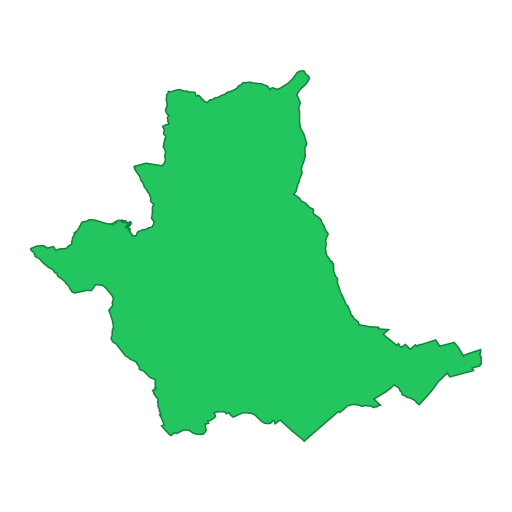 Geoagiu, Hunedoara, Romania (Natural Earth projection)
{"feature_id": "2599482B22315880947882", "entity_name": "Geoagiu", "entity_type": "district", "adm_level": 2, "iso_a3": "ROU", "parent_name": "Romania", "parent_adm1": "Hunedoara", "projection": "natural_earth1", "projection_center": [23.19, 45.959], "detail": "fine", "context": "isolated", "style": "filled", "palette": "green", "viewbox_px": 512, "rotation_deg": 0, "n_neighbors": 0, "source": "geoboundaries", "source_scale": "gbopen_adm2", "svg_char_len": 6009}
<svg xmlns="http://www.w3.org/2000/svg" viewBox="0 0 512 512"><path d="M202.3,434.0L202.8,434.3L204.3,433.3L205.7,431.4L206.2,430.0L204.9,424.2L208.6,423.4L207.8,421.0L210.4,420.5L213.9,418.2L215.6,416.3L214.1,412.7L215.8,412.1L220.1,411.7L224.7,411.9L226.4,413.8L228.9,412.6L230.4,414.9L233.1,417.2L243.0,412.7L245.6,412.7L251.5,413.4L253.3,414.1L255.5,415.5L261.5,421.3L264.2,423.0L265.4,423.3L268.3,423.6L270.2,423.3L271.6,422.4L272.8,420.7L274.5,421.0L275.1,423.8L280.1,420.0L292.8,431.6L301.2,438.3L304.2,441.2L309.3,436.8L309.2,436.0L310.3,435.8L338.4,411.5L339.6,412.5L340.1,412.4L347.8,405.7L353.6,404.4L358.7,405.1L362.3,406.4L364.9,405.5L368.4,406.0L370.2,405.8L373.8,407.6L375.0,406.9L377.5,406.7L378.1,405.5L380.4,405.2L374.0,399.1L385.8,391.9L390.1,388.7L393.9,385.0L398.5,387.5L399.2,388.5L399.9,390.7L401.2,391.7L401.8,392.7L402.2,394.8L405.3,396.0L407.1,397.4L409.9,397.8L415.1,400.6L416.6,402.8L419.2,404.7L429.5,393.5L433.8,388.2L437.9,382.1L447.3,373.1L449.8,376.9L473.1,370.7L473.6,370.6L472.1,368.0L479.7,366.0L479.8,364.9L480.8,364.7L481.2,363.6L481.0,360.1L481.3,357.9L479.8,354.2L480.7,352.2L480.5,349.6L468.7,353.5L464.4,355.2L463.5,356.1L458.5,347.6L454.1,342.4L439.8,346.2L435.7,339.9L421.4,344.6L419.8,344.5L416.8,346.1L415.5,344.7L410.2,349.3L405.4,344.4L401.4,347.4L400.9,346.7L400.0,346.5L398.5,343.6L396.6,345.2L383.1,334.3L388.6,329.6L378.8,329.0L378.7,327.3L370.1,326.8L358.8,324.7L358.8,323.3L358.1,321.8L353.8,318.4L353.1,316.8L350.9,314.4L350.4,311.8L349.6,310.8L349.1,308.5L348.5,307.8L347.7,305.6L346.4,305.0L341.7,294.3L340.3,292.1L339.5,288.6L337.5,283.3L337.5,278.4L335.6,276.4L333.7,271.3L333.5,264.0L332.4,263.3L332.1,261.6L331.6,261.3L330.7,261.5L329.4,258.7L326.7,255.5L325.4,248.5L326.2,244.3L325.6,240.3L326.3,238.2L327.9,234.9L328.1,233.5L325.1,229.6L324.2,226.0L321.5,222.0L321.4,220.2L321.0,219.7L318.4,217.2L314.3,214.5L313.6,213.7L313.1,212.2L313.6,210.2L313.1,209.0L309.6,207.6L305.6,203.2L301.5,201.1L299.2,198.0L294.6,194.7L293.6,194.4L296.0,191.5L297.9,184.1L299.0,182.3L299.4,179.7L301.9,173.8L302.0,172.4L301.3,169.0L302.4,164.7L303.3,163.3L305.3,156.0L304.8,149.5L305.2,147.3L306.8,144.0L303.7,133.6L301.4,129.9L300.2,127.3L300.3,126.0L299.5,122.2L299.6,112.1L298.7,108.0L300.3,102.7L296.9,94.9L298.3,92.1L300.8,88.8L305.6,84.6L309.3,79.0L309.0,76.7L305.6,73.8L304.2,71.1L302.8,70.8L299.4,71.3L297.1,72.6L292.2,79.3L288.4,83.0L280.7,87.9L277.3,89.4L272.8,87.8L271.6,88.0L270.1,89.6L267.5,86.2L261.4,83.8L252.9,83.0L250.0,82.1L244.5,82.8L243.2,82.5L240.8,85.0L238.5,85.9L237.4,87.7L234.8,89.6L230.6,91.4L227.3,92.2L224.4,94.6L221.2,95.4L219.8,96.5L217.1,97.6L214.4,98.1L212.4,99.7L210.2,99.7L206.9,102.6L204.1,101.1L199.0,95.6L198.1,95.3L196.4,96.1L195.7,95.1L195.3,92.9L194.5,92.2L188.1,92.0L187.2,91.0L185.0,91.3L179.6,89.5L176.1,90.1L172.2,91.5L170.4,91.8L168.4,91.4L167.7,94.1L167.2,94.1L166.7,94.6L166.3,100.4L167.3,103.8L166.8,106.9L165.9,108.5L165.6,110.4L165.7,111.4L167.3,114.3L169.0,115.5L167.3,117.5L167.8,120.0L167.8,121.3L168.9,123.6L168.8,124.2L165.9,124.8L163.0,126.1L162.7,126.7L164.2,129.7L163.6,134.0L165.2,135.6L165.9,137.6L164.5,139.5L164.7,141.0L164.2,141.6L164.2,142.7L163.6,143.9L163.8,144.8L163.2,146.3L165.7,152.1L164.6,155.3L165.3,159.3L165.2,160.9L164.4,163.0L161.9,165.8L146.1,163.2L134.4,166.3L134.6,167.1L134.3,167.2L135.0,167.7L134.5,168.7L135.2,170.0L140.0,177.0L140.9,180.4L142.8,182.5L144.4,187.1L146.2,189.1L147.7,192.0L149.3,194.0L150.0,196.5L151.0,198.2L150.5,200.6L150.7,201.4L153.9,204.7L152.9,205.9L152.4,207.9L152.3,211.4L152.9,211.5L152.1,214.0L152.2,215.5L151.4,218.2L153.9,221.5L153.9,223.4L152.2,226.8L150.2,227.6L148.9,227.6L146.0,229.4L142.4,229.7L141.5,230.5L138.2,231.5L137.4,232.4L136.3,235.2L135.4,236.2L132.2,235.4L131.8,234.0L130.9,233.7L130.9,232.9L130.3,232.6L130.1,230.2L129.1,230.4L129.7,229.8L129.4,229.5L129.9,228.6L128.7,228.8L128.4,228.5L128.4,227.7L127.8,227.9L127.6,227.4L126.4,227.8L125.7,226.4L126.3,225.9L126.9,226.2L127.4,225.3L128.3,227.2L129.1,226.7L129.1,225.6L130.3,225.3L131.2,223.6L131.0,222.2L130.0,221.7L129.4,221.9L129.4,223.4L129.1,224.0L128.5,224.2L127.8,223.3L125.5,222.4L126.8,222.1L125.4,221.5L125.6,220.7L123.9,220.9L122.3,220.3L122.6,220.8L123.6,221.1L123.7,221.9L123.4,222.3L123.1,221.9L122.5,222.3L120.5,220.5L118.3,220.3L115.6,221.6L116.2,222.1L116.0,223.1L114.8,222.3L112.1,223.6L112.8,224.6L109.9,223.7L108.4,224.0L105.3,223.3L95.7,220.3L89.8,219.6L85.5,221.5L82.9,221.8L81.8,222.4L78.4,229.0L75.9,232.2L75.6,231.9L75.2,232.2L75.6,232.5L74.7,232.9L75.0,233.0L74.2,234.4L74.1,235.6L72.6,237.4L72.3,240.1L71.6,242.0L71.7,244.3L68.6,245.8L66.4,248.4L59.1,249.0L56.1,250.3L55.1,249.6L54.3,247.7L53.1,246.5L47.4,248.2L46.5,247.2L44.3,246.8L44.1,245.7L42.2,245.6L36.7,246.1L30.7,248.6L31.2,250.4L34.5,253.2L34.4,254.3L35.0,255.1L35.3,256.7L35.6,256.6L39.5,258.8L43.2,263.1L48.9,267.6L53.3,269.9L53.9,271.6L55.0,272.9L56.6,272.9L57.2,273.6L57.2,275.1L57.7,275.9L59.2,277.5L60.6,278.1L64.4,281.1L65.4,282.1L65.6,283.2L66.1,283.3L66.8,284.4L68.4,285.3L68.5,286.0L69.3,286.7L69.4,287.8L70.2,289.4L71.2,290.3L71.8,291.5L73.1,292.4L74.7,293.0L87.4,290.3L91.2,290.7L93.7,287.7L94.5,285.5L96.2,284.7L102.2,285.2L104.1,286.4L106.6,288.9L111.9,295.3L113.4,298.9L112.2,302.8L112.8,305.2L108.7,310.6L109.4,311.5L112.4,320.5L113.3,326.0L113.2,327.0L113.6,327.6L113.6,328.3L113.1,328.5L112.4,329.9L112.1,333.2L112.3,334.9L111.1,337.9L111.4,339.5L113.1,342.1L116.7,344.3L117.9,346.3L125.5,355.9L128.9,357.9L129.9,359.0L135.8,361.7L138.1,365.3L139.1,366.0L139.4,369.4L143.8,371.1L149.8,377.4L155.4,379.7L155.0,383.5L155.5,386.8L156.1,387.5L154.6,388.1L155.4,389.8L152.6,390.3L154.0,393.1L153.9,394.1L154.4,394.2L156.4,397.5L158.1,398.9L158.0,401.1L157.5,402.2L158.1,402.5L158.0,406.2L159.9,410.7L159.3,410.9L161.0,414.4L160.2,414.5L160.4,415.2L159.8,415.1L162.0,419.2L164.1,424.8L161.5,425.9L169.8,435.0L171.2,435.6L174.1,432.8L176.4,433.6L183.4,430.2L186.7,429.9L188.8,430.2L193.2,433.1L195.5,434.0L200.3,434.5L202.3,434.0Z" fill="#22c55e" stroke="#15803d" stroke-width="1.5"/></svg>